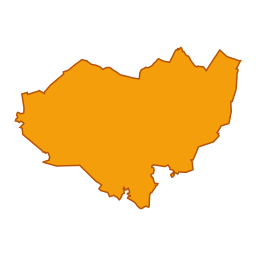 Suntažu pag., Ogre, Latvia (Mercator projection)
{"feature_id": "27541924B15599164032444", "entity_name": "Suntažu pag.", "entity_type": "district", "adm_level": 2, "iso_a3": "LVA", "parent_name": "Latvia", "parent_adm1": "Ogre", "projection": "mercator", "projection_center": [24.882, 56.884], "detail": "fine", "context": "isolated", "style": "filled", "palette": "amber", "viewbox_px": 256, "rotation_deg": 0, "n_neighbors": 0, "source": "geoboundaries", "source_scale": "gbopen_adm2", "svg_char_len": 5355}
<svg xmlns="http://www.w3.org/2000/svg" viewBox="0 0 256 256"><path d="M93.9,179.2L94.7,180.0L96.5,181.7L96.8,181.7L97.0,181.8L100.1,183.9L100.2,184.0L101.6,185.0L101.1,185.7L99.6,187.8L99.0,188.8L100.6,190.5L100.9,190.5L102.0,190.9L106.6,192.2L107.8,192.6L109.6,196.6L113.8,195.4L117.2,197.4L117.6,197.9L119.2,199.8L119.7,199.4L119.9,199.3L121.9,195.9L121.6,195.1L123.6,193.2L124.2,193.3L124.0,190.9L123.4,188.6L123.6,187.3L124.3,187.4L125.2,189.9L126.5,189.9L127.1,189.5L127.4,188.7L128.3,188.3L129.2,190.4L129.4,191.8L129.4,193.1L127.8,193.2L127.4,193.9L129.5,195.8L130.3,195.6L130.4,196.2L129.6,196.2L128.0,197.0L127.5,198.1L130.4,199.7L134.3,202.1L136.0,204.0L136.6,204.6L137.7,206.5L137.9,206.6L139.0,207.3L139.2,207.5L139.8,208.2L139.9,208.3L140.0,208.3L141.2,208.5L141.6,208.5L141.8,208.5L145.7,206.1L148.3,207.1L149.0,206.9L149.1,206.6L149.2,204.8L149.2,203.1L149.2,202.9L149.3,202.4L149.6,195.4L150.0,194.5L150.6,192.6L151.6,192.7L153.3,190.2L155.6,187.0L155.6,186.9L155.6,186.0L155.5,185.8L156.9,185.4L157.8,183.9L157.7,183.9L157.8,183.7L156.5,183.4L154.8,183.5L154.3,182.1L153.7,181.0L153.1,178.0L152.2,177.7L152.2,176.9L151.2,176.5L150.9,174.9L151.1,174.7L153.2,173.2L153.5,172.8L153.7,172.4L153.7,171.3L153.8,171.1L154.0,170.5L154.1,170.2L153.6,168.2L153.5,167.9L151.9,167.5L151.8,166.4L152.1,165.8L153.4,165.2L153.4,164.8L153.8,164.8L161.2,166.0L164.9,166.6L168.0,165.0L170.1,168.2L169.9,169.4L172.8,170.0L174.0,171.4L174.1,171.5L173.5,171.9L173.5,172.8L173.0,173.2L172.9,173.3L172.3,173.1L170.7,174.8L171.8,177.1L172.8,176.8L172.9,176.3L173.9,175.7L173.4,173.9L174.3,174.0L174.7,172.6L177.8,174.0L178.9,171.9L180.3,172.0L185.1,172.3L185.3,172.4L185.2,172.3L185.8,172.3L186.0,172.3L187.8,171.6L188.7,171.3L189.9,170.9L193.0,169.7L192.9,168.8L192.8,168.3L192.4,164.1L192.4,162.2L190.9,160.0L190.9,159.9L193.0,160.0L194.9,155.6L195.8,153.4L196.3,152.5L197.3,149.8L198.4,146.9L201.8,145.8L213.4,141.9L213.5,141.8L213.7,141.6L215.9,139.2L216.6,138.5L218.5,136.5L218.7,136.1L219.0,135.6L218.5,135.1L218.3,134.8L218.3,134.3L218.4,134.1L218.6,133.8L218.8,133.4L218.6,133.3L217.4,133.2L217.0,132.7L216.9,132.5L217.2,132.3L218.7,130.3L220.3,127.5L221.1,125.9L228.8,123.5L229.5,120.7L229.7,119.5L229.9,118.4L231.3,111.2L231.2,110.1L231.1,108.4L231.0,106.5L230.9,106.1L230.9,105.4L230.9,104.8L231.0,104.7L230.9,101.5L232.3,101.4L233.2,98.6L233.9,96.2L235.8,90.3L235.9,90.2L236.2,87.5L236.4,85.7L236.5,83.4L236.6,82.7L236.6,82.3L236.9,77.4L236.8,76.7L236.9,76.0L237.0,74.0L237.1,73.2L237.3,72.6L237.7,71.9L237.7,71.5L237.8,71.2L237.9,70.7L238.0,70.0L238.0,69.7L237.9,69.5L237.8,69.3L237.6,69.2L237.0,68.9L236.2,68.8L236.8,67.7L237.0,67.6L238.7,64.3L239.0,63.6L240.6,60.6L240.1,60.6L239.7,60.9L238.0,60.4L235.7,59.5L232.8,58.6L230.0,57.6L226.9,56.6L219.7,50.0L219.2,50.8L215.6,56.3L215.5,56.5L214.8,57.5L214.7,57.5L214.1,58.5L208.3,67.3L207.9,68.1L206.2,70.6L203.4,66.9L198.4,66.3L197.6,66.1L196.9,66.7L196.4,66.8L194.4,65.5L190.7,60.4L189.0,57.0L188.3,56.2L188.2,56.1L187.3,55.9L186.2,55.5L186.1,55.4L185.8,54.7L185.7,54.5L184.6,52.8L184.3,52.4L184.2,52.0L183.9,51.6L183.6,51.4L183.3,51.4L182.9,51.5L182.7,51.5L182.6,51.2L181.8,48.7L181.6,48.4L180.9,47.5L180.7,47.5L180.2,48.1L180.1,48.3L179.9,48.5L179.5,48.7L179.4,48.8L179.2,49.3L179.0,49.5L178.8,49.5L178.7,49.4L178.5,49.1L178.5,48.8L178.5,48.7L178.3,48.6L178.1,48.5L177.9,48.6L177.7,48.6L177.4,49.1L177.5,49.3L177.8,49.5L177.6,49.9L177.3,50.0L176.8,50.0L176.7,50.0L176.5,49.8L176.4,49.8L175.7,50.2L174.8,51.7L172.6,56.3L171.5,58.5L169.6,62.3L168.7,62.3L168.2,61.9L167.7,61.9L167.3,61.9L164.0,61.2L163.7,61.2L162.3,60.6L160.7,59.9L158.9,58.8L157.3,59.6L156.8,60.2L156.3,61.2L155.8,61.6L153.5,63.6L153.4,63.8L152.8,64.9L152.7,65.1L151.3,66.1L147.8,67.9L145.8,67.2L144.6,68.2L143.5,68.7L141.5,69.6L141.0,70.4L140.7,71.2L139.9,72.8L139.4,76.9L139.4,78.3L139.2,78.5L138.7,78.9L135.9,78.4L133.6,78.1L129.8,77.2L128.5,76.8L120.6,74.9L120.0,74.6L118.7,73.8L116.7,72.1L115.5,71.5L113.3,70.1L109.8,67.5L109.6,67.5L107.7,67.6L106.6,67.5L105.5,68.0L102.6,69.4L100.1,66.9L95.8,65.2L91.5,64.4L90.9,64.1L89.4,62.8L87.8,61.8L86.9,60.7L86.3,60.9L85.9,60.9L85.6,60.8L84.9,60.4L82.0,59.6L75.3,64.5L73.6,65.8L68.2,70.3L63.3,71.9L63.5,74.2L50.5,85.1L46.6,89.6L44.3,92.3L44.4,93.4L43.1,92.9L42.4,92.3L41.8,91.9L40.9,91.6L39.3,90.6L39.1,90.8L27.6,94.5L27.3,92.5L21.8,94.0L22.2,96.2L24.0,107.8L23.9,111.7L23.8,111.8L23.7,112.7L22.9,113.3L22.5,113.5L22.1,113.6L20.9,113.7L20.4,113.6L20.1,113.5L19.6,113.1L19.3,112.9L18.3,112.4L18.2,112.4L17.8,112.4L17.6,112.5L17.3,112.8L17.1,113.3L17.0,113.7L16.7,115.1L16.8,115.5L17.0,115.9L17.6,116.8L17.7,117.1L17.7,117.5L17.5,117.8L17.3,118.0L16.8,118.2L16.5,118.5L16.1,118.9L16.0,119.1L15.7,119.8L15.6,120.2L15.5,120.7L15.4,120.9L17.7,121.4L19.3,122.5L20.7,121.2L23.3,122.7L23.9,123.5L21.7,125.6L20.8,126.6L20.0,127.4L22.2,128.2L22.3,128.8L22.2,128.8L22.7,133.7L22.7,134.2L22.7,134.3L23.6,135.1L25.3,136.6L28.0,138.8L30.7,141.0L30.8,141.2L31.0,141.3L31.6,141.8L32.2,142.3L32.9,143.0L35.1,144.8L41.7,150.3L41.9,150.5L43.2,152.2L44.6,151.9L45.4,153.2L47.0,152.5L48.0,152.8L48.4,153.5L49.8,157.2L49.6,157.4L49.7,157.6L49.0,159.0L49.3,160.0L43.9,161.8L43.2,162.0L43.2,162.3L43.6,162.3L44.4,162.6L56.6,166.0L73.8,165.5L74.9,165.5L79.5,165.4L80.0,165.6L80.3,165.9L84.0,169.6L84.6,170.0L91.9,177.3L92.2,177.6L93.8,179.1L93.9,179.2Z" fill="#f59e0b" stroke="#b45309" stroke-width="1.5"/></svg>